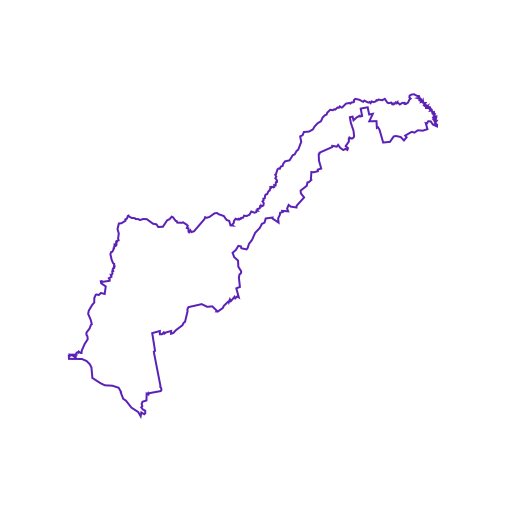 Santa Ana, Magdalena, Colombia (Robinson projection), rotated 349°
{"feature_id": "7082276B74348291748480", "entity_name": "Santa Ana", "entity_type": "district", "adm_level": 2, "iso_a3": "COL", "parent_name": "Colombia", "parent_adm1": "Magdalena", "projection": "robinson", "projection_center": [-74.196, 9.504], "detail": "fine", "context": "isolated", "style": "outline", "palette": "violet", "viewbox_px": 512, "rotation_deg": 349, "n_neighbors": 0, "source": "geoboundaries", "source_scale": "gbopen_adm2", "svg_char_len": 6116}
<svg xmlns="http://www.w3.org/2000/svg" viewBox="0 0 512 512"><g transform="rotate(349 256 256)"><path d="M112.2,391.3L113.6,387.7L116.1,390.0L117.3,389.2L117.7,386.7L115.6,385.0L114.5,382.6L115.8,381.6L115.5,379.4L116.8,377.4L120.9,376.9L122.4,370.3L123.1,370.9L124.0,370.0L124.3,371.0L124.7,370.3L136.7,370.4L137.6,369.4L137.7,367.6L137.0,366.2L137.4,365.4L137.4,330.5L138.8,329.8L139.4,311.9L147.3,311.3L146.7,314.5L148.8,314.9L150.9,313.4L151.2,314.7L152.9,313.9L158.4,313.4L157.8,316.1L160.2,315.8L163.1,313.6L170.6,309.9L172.2,307.8L173.8,307.0L178.2,297.4L178.5,295.2L179.9,293.3L193.5,292.9L198.5,296.6L203.5,297.1L207.2,302.4L206.6,302.9L207.9,303.3L213.5,300.7L214.9,298.8L219.6,295.7L220.5,295.3L220.6,296.1L222.1,293.6L222.7,295.5L227.2,291.9L227.6,293.6L229.9,292.1L231.2,293.3L230.5,284.0L234.3,283.3L235.1,273.8L236.2,271.1L238.1,269.8L238.5,268.1L236.6,263.1L237.5,257.1L234.4,253.0L233.6,248.4L237.3,246.3L240.6,242.7L243.0,243.7L243.1,245.6L248.0,247.7L249.3,246.6L251.4,242.8L255.2,239.4L259.6,233.1L265.2,229.1L267.9,225.6L270.7,224.9L272.7,221.0L279.6,221.4L279.3,222.3L284.5,227.5L284.9,223.3L287.3,220.1L287.9,218.2L290.6,217.9L290.4,216.7L296.1,218.3L295.6,215.3L297.8,212.1L299.6,214.2L305.0,216.1L305.5,214.4L314.4,207.7L312.0,203.1L312.3,200.3L319.2,196.8L320.6,193.5L321.8,193.7L324.9,191.8L324.6,190.8L326.4,184.1L328.4,184.8L332.9,184.6L333.1,183.0L336.7,182.6L336.0,174.3L337.0,168.0L337.9,167.7L338.1,166.7L351.6,163.6L351.9,162.4L356.2,164.1L357.8,162.6L359.4,166.0L361.9,168.6L364.3,167.9L365.9,169.3L366.9,167.7L365.0,165.2L369.0,161.4L369.5,158.4L370.2,158.6L370.5,157.6L372.5,159.1L374.2,158.5L375.2,157.1L375.6,151.7L374.5,143.2L374.6,137.7L377.4,137.6L377.6,141.4L381.2,139.2L384.6,138.1L384.9,139.0L386.9,138.8L386.9,131.3L394.0,131.3L394.1,138.7L397.8,138.7L392.9,145.4L400.0,146.6L399.1,153.3L400.3,152.9L401.3,155.4L402.5,168.9L409.3,169.5L414.0,164.9L416.3,164.9L420.7,166.8L423.3,170.8L426.5,168.2L425.4,166.3L431.7,164.1L432.7,163.9L435.1,165.1L438.9,163.5L443.6,164.8L448.5,164.2L448.0,158.0L449.0,158.5L450.8,156.6L453.2,157.2L454.7,160.7L458.4,163.3L458.8,161.7L457.1,159.8L458.6,158.3L457.2,158.4L457.0,157.9L458.5,156.8L458.0,156.4L457.1,157.1L456.5,156.3L458.3,156.2L459.1,154.8L456.6,155.0L456.3,154.2L458.1,154.2L459.2,153.2L457.2,152.8L458.6,150.8L457.8,150.6L458.0,149.6L457.2,150.0L457.5,148.7L456.4,149.1L456.4,146.6L454.9,146.6L456.1,145.5L455.7,145.1L455.0,145.7L454.5,145.1L454.6,144.4L455.4,144.4L455.1,143.1L454.6,142.9L454.2,144.0L453.6,142.7L452.9,143.6L451.6,143.3L453.0,141.5L451.5,142.1L452.2,139.8L450.7,141.3L449.5,140.0L451.5,138.1L449.4,137.6L449.5,135.3L448.7,136.4L447.5,136.4L448.1,135.7L446.9,134.9L448.0,134.6L447.8,133.3L447.2,133.0L447.3,133.7L446.4,134.0L446.4,132.8L444.8,131.9L446.8,131.8L446.5,130.1L444.8,129.7L442.0,127.4L439.3,127.2L437.4,127.9L436.8,129.6L437.8,131.0L436.5,131.7L434.4,134.5L432.0,135.4L430.9,135.1L431.1,134.0L428.9,133.6L426.1,134.7L424.6,132.7L423.8,132.9L424.0,132.1L423.4,132.5L422.5,131.8L421.3,133.0L420.1,132.5L419.8,133.4L418.7,133.1L418.0,131.2L415.3,131.3L414.2,130.5L412.4,126.3L409.6,127.2L406.1,125.8L405.0,126.5L404.0,126.0L403.0,127.1L400.8,127.4L398.9,126.3L397.7,127.8L396.8,126.5L396.0,126.9L394.8,126.4L392.0,124.1L390.6,125.1L387.2,122.3L383.5,120.7L381.8,121.8L381.8,123.2L381.0,123.7L379.0,123.5L377.7,124.4L376.8,123.6L373.4,123.6L369.0,126.6L368.2,126.6L366.8,125.1L365.5,126.3L364.3,125.8L361.8,127.4L360.9,126.9L359.3,127.6L356.8,126.6L353.3,128.9L352.2,130.7L350.4,131.0L347.8,132.8L345.5,136.1L341.9,137.4L338.3,140.0L336.0,142.6L331.7,144.0L326.7,143.4L324.8,146.3L322.2,147.0L322.2,152.5L317.8,159.6L315.9,160.6L313.3,163.7L311.4,164.0L307.2,168.5L302.6,168.6L300.3,170.7L299.3,172.7L297.5,172.9L296.0,174.9L295.2,174.4L293.6,175.1L291.2,179.5L290.4,179.9L291.1,182.0L289.8,183.3L291.0,185.8L290.7,187.3L289.6,187.4L288.7,190.4L287.4,189.9L287.1,191.7L286.3,192.0L284.9,191.1L283.3,191.1L283.7,192.1L282.3,193.0L282.1,194.2L280.4,195.0L278.7,197.5L277.3,197.5L276.5,198.3L275.6,201.0L274.1,201.2L274.0,202.9L272.8,203.6L273.7,205.5L272.9,207.8L271.0,208.3L270.7,207.7L270.5,208.3L269.6,207.8L268.7,210.0L266.5,210.1L266.4,211.0L265.6,211.2L266.0,211.8L265.3,211.6L264.6,213.0L262.7,213.2L259.9,211.4L257.5,214.2L254.3,215.0L252.0,214.1L250.5,216.0L248.6,215.8L248.1,216.7L246.8,216.4L246.3,216.9L245.9,216.1L244.5,216.6L243.1,215.5L241.0,217.5L240.6,219.1L238.2,221.0L238.8,221.6L236.8,221.1L236.4,216.4L234.0,215.0L232.0,210.6L227.4,207.9L226.0,206.4L223.4,206.2L217.7,208.8L214.8,209.1L213.5,208.2L212.5,209.9L199.9,219.9L197.2,220.2L196.5,218.3L194.9,220.0L194.4,219.3L194.9,215.9L193.5,215.3L194.8,213.3L193.7,211.8L190.8,209.0L189.7,209.3L185.1,208.2L184.8,206.6L183.8,206.2L182.0,202.3L180.8,201.3L178.1,203.4L175.6,204.0L170.2,209.5L165.6,208.9L164.3,205.9L161.1,204.7L155.8,199.0L152.6,198.2L148.8,198.5L147.6,197.4L144.9,196.7L144.2,195.7L141.4,195.0L138.8,193.0L138.6,192.0L137.9,192.2L136.4,194.7L134.7,195.1L134.6,196.5L130.1,198.2L127.6,197.9L125.2,203.1L125.6,207.8L124.0,212.4L124.1,214.4L122.5,214.6L122.4,215.2L121.8,214.9L121.2,215.7L121.4,217.4L120.8,217.4L120.8,219.0L120.0,219.3L119.2,218.1L118.2,221.2L117.6,221.3L117.6,222.1L115.8,224.4L114.4,224.6L113.4,226.6L113.6,232.3L114.4,235.9L115.3,236.7L114.8,238.6L115.3,239.0L114.6,240.4L114.2,240.0L112.7,241.9L113.0,243.5L111.9,243.7L111.7,245.9L110.4,247.3L109.9,247.0L110.1,248.9L107.3,249.8L107.9,251.2L107.6,252.4L100.6,252.1L99.8,251.2L98.8,251.2L98.8,253.2L102.7,257.2L100.2,264.4L96.7,262.7L94.2,264.3L92.1,263.3L91.2,263.6L89.3,266.3L88.3,270.9L85.8,272.8L81.4,277.8L80.2,280.8L81.6,287.3L81.8,291.6L80.9,292.0L78.8,295.4L75.0,298.8L74.5,300.8L75.2,302.7L74.9,305.6L71.0,309.7L67.0,315.5L66.2,317.9L65.3,317.7L63.8,316.0L63.2,317.0L62.2,316.4L61.0,317.2L61.0,318.6L57.9,318.0L59.8,320.0L59.9,320.7L59.0,321.3L58.2,319.6L54.2,317.2L54.0,318.6L53.2,318.3L52.8,321.3L65.5,323.9L69.7,326.8L72.3,330.7L73.2,334.1L72.1,344.5L79.2,351.3L83.0,354.1L90.2,355.9L96.0,359.1L97.6,363.8L97.2,364.1L98.4,370.8L100.8,373.3L104.8,381.1L110.6,386.7L112.2,391.3Z" fill="none" stroke="#5b21b6" stroke-width="2"/></g></svg>